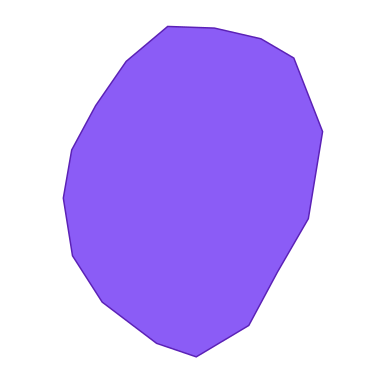 outline of Tshumbe, Kasaï-Oriental, Democratic Republic of the Congo, rotated 182°
{"feature_id": "63176286B80144027802447", "entity_name": "Tshumbe", "entity_type": "district", "adm_level": 2, "iso_a3": "COD", "parent_name": "Democratic Republic of the Congo", "parent_adm1": "Kasaï-Oriental", "projection": "equal_earth", "projection_center": [22.697, -4.045], "detail": "fine", "context": "isolated", "style": "filled", "palette": "violet", "viewbox_px": 384, "rotation_deg": 182, "n_neighbors": 0, "source": "geoboundaries", "source_scale": "gbopen_adm2", "svg_char_len": 368}
<svg xmlns="http://www.w3.org/2000/svg" viewBox="0 0 384 384"><g transform="rotate(182 192 192)"><path d="M128.4,347.5L175.3,356.6L222.1,356.6L262.3,320.3L291.3,275.0L313.7,229.8L320.4,181.4L309.2,124.1L277.9,78.8L222.1,39.5L182.0,27.4L130.6,60.6L103.8,115.0L74.8,169.4L63.6,256.9L94.9,329.4L128.4,347.5Z" fill="#8b5cf6" stroke="#5b21b6" stroke-width="1.5"/></g></svg>